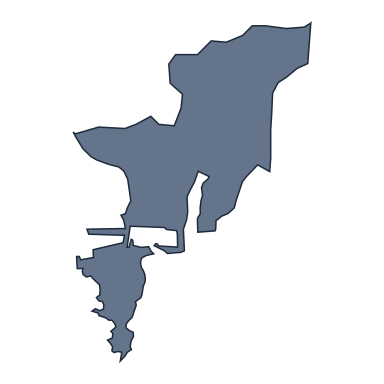 the district of Gangseo-gu, South Gyeongsang, South Korea
{"feature_id": "91817680B91211823266814", "entity_name": "Gangseo-gu", "entity_type": "district", "adm_level": 2, "iso_a3": "KOR", "parent_name": "South Korea", "parent_adm1": "South Gyeongsang", "projection": "orthographic", "projection_center": [128.865, 35.107], "detail": "fine", "context": "isolated", "style": "filled", "palette": "slate", "viewbox_px": 384, "rotation_deg": 0, "n_neighbors": 0, "source": "geoboundaries", "source_scale": "gbopen_adm2", "svg_char_len": 2388}
<svg xmlns="http://www.w3.org/2000/svg" viewBox="0 0 384 384"><path d="M310.5,23.3L304.2,27.1L286.4,28.5L286.1,28.5L265.6,25.8L252.2,25.8L242.7,35.4L226.3,42.2L226.0,42.2L225.9,42.2L211.2,40.9L197.5,54.6L197.2,54.6L175.6,54.6L168.8,64.1L170.2,83.3L182.5,94.2L181.1,107.9L174.3,125.7L174.0,125.7L173.9,125.7L158.9,124.4L150.8,116.3L135.9,124.4L125.0,128.5L124.7,128.5L98.9,127.1L98.6,127.1L75.6,133.8L75.4,133.9L73.2,132.1L74.7,134.7L75.6,136.7L83.2,149.1L91.1,156.7L96.8,160.0L108.5,164.3L118.6,166.9L123.6,170.8L127.7,179.1L130.8,200.7L127.5,207.5L125.4,213.6L121.0,215.2L123.8,220.4L125.4,228.5L87.0,229.2L88.7,234.2L124.4,235.3L123.1,242.7L93.1,249.7L93.4,257.5L80.6,259.8L79.3,256.5L76.6,256.5L77.2,268.6L83.0,268.6L82.3,271.6L83.0,274.3L86.3,277.0L90.7,276.0L95.1,280.7L99.5,284.8L100.1,289.8L99.8,295.2L98.5,295.9L96.4,297.6L98.8,300.9L102.5,301.6L103.8,305.0L103.5,309.0L99.8,310.7L95.4,308.7L92.0,311.1L98.1,313.1L99.1,315.8L101.8,316.5L106.2,318.1L108.9,320.2L111.9,320.2L114.3,322.9L116.0,326.9L110.9,331.3L112.9,333.6L112.3,338.0L107.5,340.1L110.2,343.1L112.6,346.8L111.9,350.8L113.9,352.5L118.0,351.5L121.7,352.2L121.3,355.2L120.3,361.0L125.1,355.9L127.4,352.2L131.5,349.5L130.1,346.5L131.1,341.1L133.5,336.4L133.2,332.3L129.4,330.6L126.1,327.9L126.1,324.2L128.8,320.5L132.1,317.5L134.5,310.1L136.2,305.3L135.5,301.6L140.9,297.6L141.9,294.9L142.6,290.5L143.3,286.1L145.0,282.1L145.3,277.7L144.6,274.0L143.3,270.6L141.6,267.9L140.6,263.9L140.9,260.2L141.9,257.8L146.3,255.5L153.7,253.8L151.0,251.1L148.7,246.7L141.3,247.4L133.2,245.4L132.8,240.3L131.2,239.3L129.1,247.1L127.1,247.4L130.2,226.2L164.5,227.5L166.5,229.5L176.6,230.6L177.3,233.6L177.6,247.1L158.8,246.0L157.1,243.7L155.7,243.7L154.1,245.7L164.5,250.8L167.5,253.5L175.3,252.8L180.7,252.4L184.4,250.8L183.4,229.2L186.6,219.8L187.7,211.9L187.1,196.6L189.8,190.8L194.5,181.9L198.2,171.3L209.2,176.6L207.9,179.0L203.2,183.1L201.5,187.8L202.5,195.2L200.9,201.2L200.2,207.3L200.2,214.0L197.5,218.1L197.5,223.1L197.8,232.2L215.0,230.9L215.7,229.2L216.0,220.8L221.8,216.1L227.8,213.7L234.2,208.0L236.2,200.2L242.4,181.8L242.5,181.7L246.3,176.7L255.6,167.1L257.4,165.0L257.5,164.9L257.8,165.0L269.7,171.6L270.7,158.3L270.7,152.6L270.7,140.3L270.7,129.9L271.7,113.8L272.6,93.0L278.2,82.6L286.7,77.0L297.1,68.4L307.4,63.7L307.7,63.5L307.8,62.8L310.8,23.0L310.5,23.3Z" fill="#64748b" stroke="#1e293b" stroke-width="1.5"/></svg>